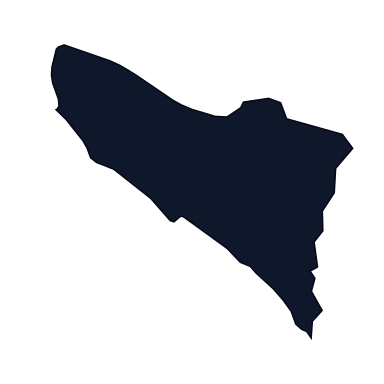 Cape May, New Jersey, United States of America (Albers equal-area conic projection), rotated 97°
{"feature_id": "52423323B74589242943410", "entity_name": "Cape May", "entity_type": "district", "adm_level": 2, "iso_a3": "USA", "parent_name": "United States of America", "parent_adm1": "New Jersey", "projection": "albers", "projection_center": [-74.781, 39.126], "detail": "fine", "context": "isolated", "style": "filled", "palette": "ink", "viewbox_px": 384, "rotation_deg": 97, "n_neighbors": 0, "source": "geoboundaries", "source_scale": "gbopen_adm2", "svg_char_len": 858}
<svg xmlns="http://www.w3.org/2000/svg" viewBox="0 0 384 384"><g transform="rotate(97 192 192)"><path d="M129.1,37.8L116.5,49.8L107.8,107.0L92.6,114.9L89.7,127.3L96.5,151.9L102.4,153.9L113.3,166.5L114.1,178.4L110.0,202.1L106.8,213.4L103.2,222.2L82.2,263.0L75.4,278.2L71.8,289.4L61.6,336.9L64.5,342.4L66.8,344.1L84.9,346.2L92.9,345.8L101.0,343.5L116.1,335.9L123.2,334.5L126.4,336.2L126.9,337.0L135.2,326.0L154.3,306.6L161.2,301.5L170.4,296.8L174.3,290.4L178.9,272.5L203.4,232.2L223.0,210.2L223.9,206.3L218.0,201.0L217.3,199.3L217.9,197.0L243.8,150.2L255.9,135.5L258.8,125.0L265.0,118.1L278.2,99.5L288.2,88.4L298.4,79.0L310.5,72.9L315.0,66.4L316.4,61.3L322.4,55.9L305.7,56.8L293.7,48.4L276.0,61.4L262.7,59.5L256.1,65.1L251.1,58.3L226.7,64.7L214.6,57.4L195.0,60.3L175.5,50.7L151.1,52.3L129.1,37.8Z" fill="#0f172a" stroke="#020617" stroke-width="1.5"/></g></svg>